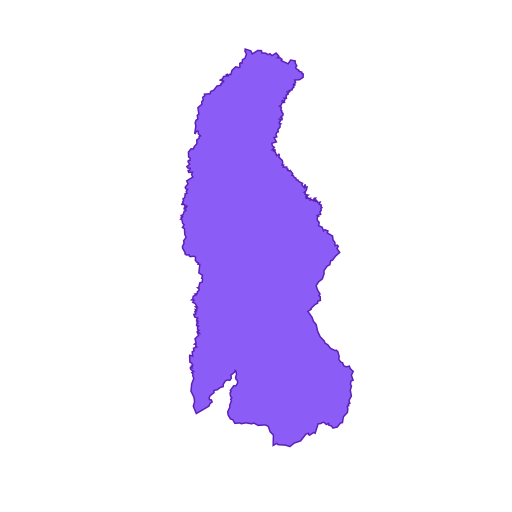 Poconé, Mato Grosso, Brazil (Albers equal-area conic projection), rotated 153°
{"feature_id": "56859067B2573756993823", "entity_name": "Poconé", "entity_type": "district", "adm_level": 2, "iso_a3": "BRA", "parent_name": "Brazil", "parent_adm1": "Mato Grosso", "projection": "albers", "projection_center": [-56.955, -16.831], "detail": "fine", "context": "isolated", "style": "filled", "palette": "violet", "viewbox_px": 512, "rotation_deg": 153, "n_neighbors": 0, "source": "geoboundaries", "source_scale": "gbopen_adm2", "svg_char_len": 6131}
<svg xmlns="http://www.w3.org/2000/svg" viewBox="0 0 512 512"><g transform="rotate(153 256 256)"><path d="M295.2,340.0L295.1,338.6L296.9,337.4L297.0,335.8L299.2,336.0L296.4,334.1L296.9,332.3L295.0,332.1L295.3,331.4L296.2,330.7L298.1,331.4L298.7,330.7L297.7,329.4L297.9,328.3L299.5,328.6L302.1,326.0L304.1,326.1L303.5,324.7L304.9,324.6L304.3,323.9L306.1,323.0L305.4,322.8L306.5,318.4L305.8,316.6L308.6,314.8L307.3,312.9L309.6,307.7L309.9,304.3L313.5,302.5L314.3,300.1L317.3,297.8L317.9,296.1L317.6,291.5L318.3,290.2L317.6,288.5L315.1,287.4L315.4,286.1L314.7,285.2L311.2,283.9L310.4,282.4L312.0,279.8L311.7,277.6L310.4,276.2L311.5,275.1L309.9,274.0L314.6,266.9L312.4,262.9L314.5,261.0L314.0,260.0L315.7,257.2L318.3,257.6L321.4,253.8L322.4,254.2L321.7,252.1L322.5,251.3L324.6,250.7L325.4,249.2L327.6,249.8L327.1,248.6L330.3,248.6L331.9,246.3L333.2,246.1L331.3,244.8L333.4,243.4L331.8,241.3L331.6,237.0L332.9,238.0L332.5,236.3L333.3,234.8L334.4,235.8L334.5,233.5L335.7,234.1L336.2,231.6L337.9,232.2L338.3,229.5L336.2,227.1L338.1,225.9L337.3,224.2L338.7,224.2L338.3,222.5L339.7,222.4L340.5,221.0L339.0,219.6L340.4,219.1L341.4,217.0L340.5,215.7L342.2,215.5L341.6,213.1L343.0,214.4L343.2,211.4L348.0,209.9L348.8,205.9L350.8,205.4L349.6,204.5L350.7,202.9L350.1,201.9L353.6,202.2L354.3,199.7L356.4,199.6L357.9,195.5L360.0,197.7L360.5,197.2L363.1,191.4L362.0,189.8L362.1,187.0L363.6,187.3L363.6,185.4L365.0,186.5L365.4,185.9L365.6,184.5L364.0,181.4L366.1,181.4L365.7,179.5L366.7,178.0L367.0,175.2L371.4,171.2L375.3,165.1L375.4,158.2L376.9,154.0L380.1,150.6L380.7,142.7L366.1,143.6L363.9,145.5L361.4,145.8L361.1,148.0L362.7,149.3L362.0,151.1L360.2,152.4L355.5,153.3L354.5,155.3L351.2,154.4L347.4,155.1L344.5,154.5L343.6,156.4L340.2,158.5L338.1,158.7L335.8,157.1L333.3,158.4L332.6,161.2L327.6,162.3L326.6,163.5L326.1,162.3L327.1,159.4L329.4,157.0L329.8,155.3L329.1,153.7L330.0,151.2L332.8,149.4L334.8,150.5L339.9,147.9L339.8,146.6L341.3,145.7L342.4,142.4L341.9,140.7L343.6,139.9L343.6,138.2L347.3,134.9L347.7,133.4L352.0,130.0L353.0,126.8L352.8,122.5L351.0,120.6L350.8,116.5L346.4,114.7L345.2,113.2L340.7,111.9L336.0,108.4L333.7,108.1L331.0,104.1L324.6,101.4L322.4,98.8L323.2,92.9L321.8,88.6L326.7,79.4L322.5,79.6L322.0,77.9L315.5,74.0L312.3,70.8L306.9,72.0L300.2,71.0L292.3,74.7L289.8,74.2L290.2,73.0L289.5,72.0L284.9,72.6L283.8,71.2L276.8,78.3L274.8,77.4L272.1,77.4L270.8,76.8L269.9,74.0L267.4,73.9L268.1,72.5L265.9,70.2L265.6,67.8L261.3,66.7L256.6,68.8L254.6,68.3L251.2,73.0L245.6,75.1L243.6,78.0L242.9,80.7L241.3,80.5L240.8,82.4L239.3,82.1L238.6,85.2L234.6,87.9L232.9,93.6L229.9,96.9L230.1,98.8L228.0,101.6L225.9,101.2L225.1,106.5L221.8,109.0L223.2,113.0L222.8,115.5L226.0,116.3L227.7,118.5L227.3,121.6L228.7,123.2L229.1,126.5L227.5,128.7L226.5,133.6L227.2,135.6L228.4,135.8L231.5,139.8L232.4,144.5L234.0,146.8L233.8,149.4L235.5,154.9L235.2,161.3L233.5,167.7L234.5,171.8L233.9,175.8L234.9,183.1L231.0,183.5L230.8,184.3L225.4,186.0L222.5,186.0L221.5,187.7L218.8,187.2L217.2,190.7L218.0,192.1L216.2,193.1L216.6,197.5L215.9,202.3L211.8,204.6L207.3,205.5L203.3,209.4L202.2,212.0L197.2,214.7L194.2,214.7L191.6,217.9L189.8,217.5L185.4,219.7L179.8,221.2L180.5,225.8L178.3,227.3L178.6,228.7L180.9,229.4L179.6,232.1L180.0,235.5L178.7,239.1L182.0,244.1L180.5,245.7L182.7,248.1L184.4,247.8L184.0,251.6L186.4,254.6L184.5,257.1L185.1,260.6L183.3,263.2L182.5,263.0L183.0,264.2L179.4,263.8L179.1,266.2L177.2,267.0L176.7,268.8L175.3,269.2L175.8,270.3L174.7,271.7L176.2,273.3L174.4,274.9L176.6,275.4L176.9,278.9L177.4,277.2L178.5,277.8L178.4,279.2L176.6,280.5L178.0,281.0L179.8,279.3L180.8,281.0L182.4,281.3L181.2,282.7L183.1,283.2L183.6,285.6L184.7,285.3L184.5,284.3L185.1,284.6L184.7,286.3L181.9,286.6L184.3,288.6L183.3,290.3L184.0,290.9L181.8,291.4L179.2,294.2L180.4,294.3L179.8,297.6L181.9,295.0L182.8,298.4L181.5,299.6L184.1,303.0L184.1,304.6L185.5,305.5L185.1,307.4L186.3,308.7L186.3,310.8L187.4,311.6L185.9,312.7L186.6,316.7L187.7,316.6L188.9,318.1L188.1,318.8L188.9,319.8L188.2,321.3L191.4,322.8L190.0,324.5L191.5,325.3L189.9,326.8L189.2,329.2L190.7,333.6L189.3,335.6L189.4,336.3L192.0,335.9L191.6,340.0L192.5,341.4L191.1,341.4L190.9,342.1L193.3,343.3L190.3,344.4L191.4,346.8L190.7,349.3L186.0,348.4L186.2,353.3L183.4,352.7L183.0,355.5L180.9,356.8L179.7,356.5L179.2,358.6L176.0,360.0L174.8,362.5L173.9,362.5L175.1,364.2L172.5,365.5L173.0,367.0L170.9,365.7L170.1,367.0L171.1,368.5L168.2,369.1L167.2,370.7L167.7,372.6L167.0,373.8L167.7,374.7L165.9,377.0L167.0,378.8L165.6,378.7L163.1,380.7L161.3,380.1L162.7,383.0L160.5,381.1L159.0,382.5L159.2,383.8L157.3,382.7L156.2,385.5L153.9,385.6L153.8,387.6L153.0,386.7L150.9,387.5L151.5,388.2L148.3,387.7L147.7,388.9L145.8,389.0L144.9,391.5L143.4,390.2L144.2,392.0L142.0,392.5L141.7,395.2L137.1,393.3L132.9,393.8L131.3,396.8L132.3,397.7L131.7,398.9L133.9,401.3L133.5,402.0L135.2,404.8L134.8,406.4L133.4,406.8L133.4,410.4L132.5,412.0L136.2,414.9L140.1,412.7L144.8,418.6L143.6,419.4L144.4,421.4L146.8,423.0L144.9,423.5L145.9,427.7L150.8,427.3L151.7,429.9L154.0,430.0L155.2,432.3L158.6,434.3L157.9,436.5L161.0,438.3L167.6,437.8L167.5,441.1L171.7,445.3L172.9,443.4L172.8,440.3L176.2,437.1L178.9,437.1L180.9,434.2L182.2,435.2L183.1,434.9L184.5,431.7L185.8,431.7L188.2,433.8L193.2,432.3L196.0,429.1L197.3,430.0L199.0,429.1L199.1,431.0L200.2,431.0L200.0,429.6L203.5,430.7L205.2,429.1L208.8,429.0L206.7,428.3L205.4,426.6L205.8,425.9L206.9,426.7L208.2,425.1L209.3,425.3L209.8,424.1L213.5,425.2L218.4,422.9L221.8,423.2L223.1,421.4L228.5,423.6L228.9,422.0L231.4,421.6L232.3,418.8L234.3,418.2L235.3,415.8L240.4,414.6L242.5,408.4L244.5,408.0L245.6,404.5L247.8,404.2L249.8,402.2L250.6,399.1L254.9,393.1L254.4,392.7L252.5,394.1L250.9,393.6L251.9,391.0L250.9,388.2L252.3,388.3L253.3,386.8L256.1,386.3L257.7,382.9L261.6,381.4L263.2,379.8L265.2,381.0L269.0,379.3L271.1,374.8L270.3,373.3L271.2,371.2L273.0,371.8L273.8,370.7L273.4,367.9L277.1,367.0L276.7,365.2L274.8,364.0L275.9,362.6L277.7,363.0L278.0,361.0L274.5,359.5L276.4,357.9L276.5,355.0L283.7,354.4L283.8,351.2L287.8,349.5L288.1,347.9L286.7,346.4L288.8,345.3L289.0,343.3L290.9,343.6L292.9,340.4L295.2,340.0Z" fill="#8b5cf6" stroke="#5b21b6" stroke-width="1.5"/></g></svg>